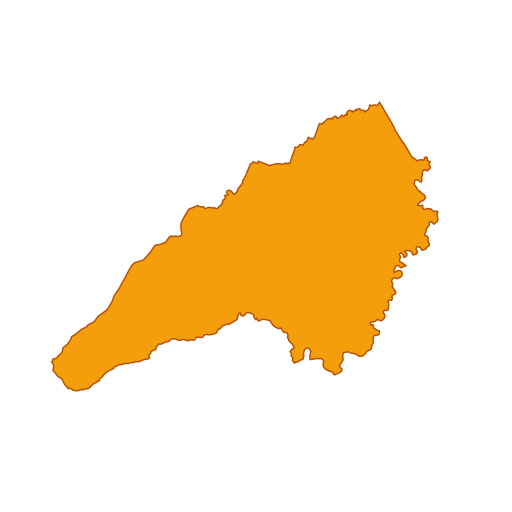 Valencia, Los Rios, Ecuador, rotated 198°
{"feature_id": "8360857B40545077285302", "entity_name": "Valencia", "entity_type": "district", "adm_level": 2, "iso_a3": "ECU", "parent_name": "Ecuador", "parent_adm1": "Los Rios", "projection": "albers", "projection_center": [-79.308, -0.769], "detail": "fine", "context": "isolated", "style": "filled", "palette": "amber", "viewbox_px": 512, "rotation_deg": 198, "n_neighbors": 0, "source": "geoboundaries", "source_scale": "gbopen_adm2", "svg_char_len": 6126}
<svg xmlns="http://www.w3.org/2000/svg" viewBox="0 0 512 512"><g transform="rotate(198 256 256)"><path d="M119.7,399.5L122.6,399.7L123.3,402.0L124.6,402.7L126.1,401.6L125.8,399.7L126.3,399.0L129.1,398.5L132.4,396.4L135.3,397.6L138.4,398.3L150.8,409.4L151.7,409.5L162.3,418.4L165.6,422.3L185.9,440.3L187.3,436.6L190.1,436.2L192.6,434.8L194.4,434.6L194.5,433.8L194.1,433.5L194.5,430.0L196.7,426.8L198.1,428.0L200.4,427.0L202.7,428.0L203.8,428.0L204.9,426.0L206.0,426.5L206.4,426.2L206.5,424.5L208.6,423.8L208.6,423.0L211.5,423.6L212.3,423.2L213.8,421.4L213.6,420.0L214.0,419.5L213.2,418.9L213.2,417.9L214.8,417.8L215.8,415.6L217.8,416.7L219.1,413.9L220.0,412.9L221.0,412.7L221.1,412.1L221.6,412.1L222.6,413.3L223.6,413.6L225.1,412.3L226.0,409.8L226.9,410.3L227.3,409.7L230.0,408.9L234.1,401.8L236.6,401.6L237.0,387.4L237.8,385.0L239.2,385.1L241.1,384.5L242.8,385.1L243.3,381.2L243.1,380.4L244.2,380.0L244.8,379.1L245.4,376.1L248.7,375.5L249.2,374.6L249.5,372.8L251.3,371.7L252.5,371.6L252.0,368.9L252.5,362.5L252.3,355.3L252.7,354.4L253.2,354.1L253.8,354.4L254.9,353.4L255.7,353.7L257.9,352.8L259.0,351.2L261.7,351.2L263.7,350.6L264.2,349.8L265.2,350.0L269.7,347.2L270.5,346.2L283.1,346.9L283.4,344.5L287.9,344.7L288.4,342.9L289.4,342.2L289.8,341.4L290.9,327.1L292.0,323.5L291.3,321.4L292.0,320.0L292.0,318.6L292.7,318.0L292.8,316.6L293.8,314.9L294.0,311.2L295.4,308.2L296.6,307.9L297.5,308.9L299.6,310.0L302.0,310.2L303.4,309.3L303.7,307.4L301.8,306.3L301.6,305.3L303.1,304.9L304.5,303.6L303.2,302.5L303.5,300.0L304.6,299.1L304.5,294.9L307.6,289.1L308.6,288.6L310.5,289.1L311.8,288.3L316.1,287.7L318.8,285.4L320.2,285.7L321.2,286.8L323.4,285.7L325.8,285.5L326.9,286.1L334.5,279.6L336.9,268.2L337.3,263.7L336.5,260.4L333.2,253.6L333.7,252.1L336.0,250.3L337.4,250.5L338.6,249.8L339.1,250.1L341.4,248.3L342.4,249.0L343.9,247.9L344.5,247.1L344.5,245.8L345.7,243.4L346.1,240.7L347.0,240.6L350.3,237.7L355.1,235.2L355.8,233.7L357.5,227.3L361.5,218.1L362.7,216.7L369.2,212.2L371.4,208.5L376.1,182.9L378.6,174.3L378.9,167.8L381.0,158.8L387.5,149.9L389.8,143.0L394.4,138.7L395.1,136.4L399.1,132.6L403.6,125.5L406.4,122.4L406.5,119.0L408.0,114.1L411.2,108.9L410.7,105.7L411.4,102.7L412.3,101.7L414.3,97.2L417.3,95.0L416.8,93.8L417.7,92.1L416.1,91.1L414.2,88.7L413.7,84.2L411.2,83.0L407.0,80.1L402.5,79.1L398.8,75.1L396.2,73.4L393.8,72.5L393.9,72.1L391.3,72.6L388.3,71.7L383.9,72.7L382.0,74.5L378.8,75.5L376.2,77.4L374.4,78.1L370.6,85.0L369.3,85.8L367.6,88.2L366.5,88.8L366.6,91.0L364.9,93.6L364.2,95.7L362.1,99.4L359.3,102.7L357.1,104.4L355.5,107.6L352.2,110.5L350.0,111.4L347.3,113.4L344.1,114.3L342.2,116.0L340.3,116.5L337.4,118.5L334.7,119.2L331.5,122.1L329.2,123.7L327.6,124.2L325.9,126.0L325.8,126.6L327.1,128.0L327.2,128.9L326.1,131.1L326.2,132.5L324.6,134.8L322.2,136.2L323.1,137.9L322.2,139.4L321.6,142.1L319.1,142.8L315.4,146.2L312.4,147.9L311.1,150.5L309.8,151.5L306.4,152.3L304.4,151.8L303.4,152.0L302.2,152.4L299.5,154.2L294.2,154.3L293.3,155.8L289.6,156.6L288.2,157.4L287.8,159.9L287.4,160.5L282.8,161.5L281.5,162.7L280.7,164.8L279.1,166.1L275.5,166.8L271.9,168.8L270.4,170.1L269.7,171.8L269.6,174.3L267.7,175.6L266.4,179.0L264.1,181.1L259.9,183.2L254.6,189.6L254.4,191.7L254.9,193.7L253.9,196.9L253.1,196.8L251.9,195.0L250.0,194.8L248.7,196.0L247.7,198.8L247.0,199.5L243.6,200.0L240.3,199.5L239.1,197.4L237.6,196.0L236.5,195.5L236.2,196.8L235.3,196.8L234.0,194.9L232.5,195.6L230.0,198.2L222.7,198.9L219.1,195.8L217.0,194.7L212.4,193.9L210.0,195.1L206.3,192.0L203.8,192.5L202.7,192.3L202.0,191.9L201.0,190.2L200.9,188.0L199.3,187.1L198.7,185.9L197.0,184.6L194.5,183.6L191.8,181.2L191.6,179.7L193.0,178.5L194.0,175.5L192.6,174.6L191.6,171.9L189.6,170.6L188.9,167.7L186.2,166.0L185.3,167.7L183.0,168.4L182.4,170.1L179.5,172.2L179.6,175.6L180.5,177.4L181.0,180.2L180.4,182.8L178.6,184.4L176.5,184.1L174.2,182.1L174.2,179.1L173.4,175.8L172.6,174.2L167.2,176.9L162.6,178.5L161.1,178.3L159.4,177.5L158.8,173.8L157.3,171.2L155.7,170.2L152.7,169.3L148.2,169.3L146.5,168.6L145.5,167.4L144.2,167.4L139.9,171.7L139.1,173.1L139.2,174.6L139.5,175.2L142.2,176.5L142.7,177.7L141.1,183.6L141.5,185.5L142.8,187.8L143.0,191.0L138.9,193.4L136.2,193.0L132.0,193.6L126.8,192.7L125.5,192.8L123.9,193.8L122.2,196.2L121.0,199.8L118.5,201.9L117.7,203.4L118.2,206.4L117.7,209.3L119.2,214.1L119.2,216.0L118.6,217.1L115.4,218.7L114.8,219.8L115.0,222.0L116.0,223.1L117.4,222.7L121.9,223.9L123.1,226.6L123.8,226.7L125.1,226.0L126.0,226.4L126.5,227.3L125.7,228.8L122.2,230.9L121.3,233.1L117.4,232.9L116.3,233.7L115.0,236.1L114.6,237.8L114.9,239.3L117.3,241.4L117.7,242.7L117.0,244.1L114.2,244.8L113.6,246.1L115.1,251.9L116.7,254.0L115.6,255.3L113.3,255.9L113.2,257.6L113.6,258.6L114.2,258.6L114.3,260.2L113.5,261.5L112.0,262.6L111.7,263.4L112.2,265.2L117.2,269.3L117.3,271.7L119.0,273.5L119.4,274.6L119.0,276.7L117.9,278.1L114.7,278.0L112.1,280.6L111.2,282.4L111.6,284.9L113.0,286.3L115.5,286.4L117.6,285.2L119.3,283.0L120.1,283.8L120.3,285.1L120.0,288.7L119.1,290.5L117.2,290.8L114.8,289.6L110.5,292.8L111.8,293.9L113.0,293.8L113.9,294.5L117.3,295.0L117.9,295.5L118.4,297.5L118.1,299.6L120.2,301.7L120.2,302.6L119.5,303.6L117.9,303.6L116.6,302.8L115.0,300.7L114.3,300.5L112.8,302.5L112.9,303.8L113.3,304.8L115.5,306.1L116.1,306.6L115.9,306.9L114.9,307.7L110.5,308.4L109.2,307.9L107.2,305.6L106.6,305.7L104.0,307.7L103.5,308.8L104.3,310.6L106.1,312.1L106.1,314.1L104.8,314.9L102.5,314.8L99.7,312.7L96.5,315.2L96.6,316.4L94.5,319.4L95.1,321.6L96.2,322.2L96.8,323.2L98.4,327.3L99.4,327.7L101.6,327.6L102.3,328.7L102.0,331.1L102.4,334.7L100.7,338.8L101.6,341.8L99.9,342.9L96.7,341.2L94.5,344.8L94.3,347.1L96.6,351.2L96.7,354.0L97.8,354.6L100.1,353.4L102.9,354.0L104.1,354.8L108.3,353.9L110.4,352.1L111.8,352.6L113.3,355.7L115.0,354.5L117.5,354.1L118.1,354.8L117.9,355.6L116.0,359.1L114.2,360.3L112.7,363.4L112.9,364.0L114.6,366.0L117.3,366.6L119.1,367.8L122.6,368.8L124.6,370.8L127.6,372.9L127.9,373.6L128.3,376.5L127.4,377.9L125.2,378.4L122.6,377.3L122.1,377.4L121.6,378.2L121.8,379.7L123.0,382.4L122.8,384.4L123.8,387.8L122.8,390.0L119.4,389.9L117.7,393.0L117.5,394.1L119.5,396.4L119.7,399.5Z" fill="#f59e0b" stroke="#b45309" stroke-width="1.5"/></g></svg>